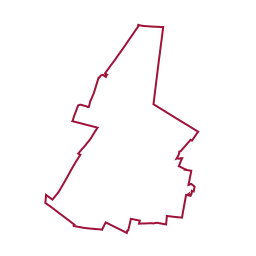 Insuratei, Braila, Romania, rotated 7°
{"feature_id": "2599482B22032457967395", "entity_name": "Insuratei", "entity_type": "district", "adm_level": 2, "iso_a3": "ROU", "parent_name": "Romania", "parent_adm1": "Braila", "projection": "orthographic", "projection_center": [27.625, 44.95], "detail": "fine", "context": "isolated", "style": "outline", "palette": "rose", "viewbox_px": 256, "rotation_deg": 7, "n_neighbors": 0, "source": "geoboundaries", "source_scale": "gbopen_adm2", "svg_char_len": 5098}
<svg xmlns="http://www.w3.org/2000/svg" viewBox="0 0 256 256"><g transform="rotate(7 128 128)"><path d="M159.3,220.2L160.3,220.0L161.2,219.9L161.3,219.9L161.5,219.8L161.8,219.8L162.0,219.8L162.2,219.7L162.6,219.7L162.8,219.6L163.3,219.7L163.6,219.7L163.8,219.6L164.0,219.6L164.4,219.6L164.8,219.6L165.2,219.5L165.4,219.4L165.5,219.4L165.8,219.3L165.9,219.2L166.1,219.1L166.6,218.9L166.9,218.9L167.5,218.8L168.0,218.7L168.3,218.6L168.5,218.6L168.9,218.6L169.2,218.5L169.7,218.5L169.8,218.5L170.2,218.6L170.4,218.7L171.0,218.7L171.5,218.8L171.6,218.7L171.8,218.7L172.0,218.7L173.2,218.8L173.7,218.9L173.8,218.9L174.0,218.9L174.3,218.9L174.5,218.9L174.8,218.9L175.8,218.9L176.4,219.0L177.0,219.1L177.5,219.1L177.5,215.1L177.3,210.6L178.3,210.6L179.8,210.6L180.6,210.5L181.9,210.6L186.9,210.5L192.5,210.4L192.7,207.2L192.7,206.5L192.8,204.0L193.0,201.6L193.1,198.7L193.3,196.0L193.5,193.2L193.4,193.2L193.5,192.7L193.6,191.4L193.6,190.8L193.8,187.4L194.5,187.5L195.0,187.3L195.8,186.5L195.7,186.9L195.9,186.9L195.9,187.4L196.3,187.5L196.7,186.7L197.3,186.7L197.4,187.3L197.8,187.3L198.0,186.4L198.5,186.3L198.4,187.1L198.2,187.7L198.3,187.7L198.6,187.1L198.7,186.9L198.7,186.7L198.8,186.4L198.8,186.1L198.9,185.8L199.0,185.6L199.0,185.4L199.1,185.0L199.1,184.9L199.1,184.5L199.1,184.3L199.1,184.1L199.1,183.7L199.1,183.2L199.1,182.7L199.3,182.8L199.7,182.8L200.0,182.9L200.5,182.9L200.9,183.0L201.0,182.0L201.1,180.7L201.1,180.3L201.2,178.1L200.4,177.6L200.0,177.3L199.5,176.9L198.9,176.7L198.5,176.4L197.9,176.0L197.7,175.8L197.3,175.8L197.1,176.0L196.7,176.2L196.0,176.6L195.4,177.0L194.9,177.2L194.9,176.9L195.2,174.1L195.3,172.8L195.3,172.7L195.4,172.0L195.4,171.3L195.5,169.5L195.5,169.4L195.6,168.7L195.7,167.5L195.8,166.4L195.8,166.2L196.0,162.8L196.0,162.7L189.6,162.5L189.8,162.0L189.6,162.0L188.0,161.4L186.6,160.9L184.6,160.2L183.1,159.7L184.1,155.9L185.2,151.9L185.4,151.3L184.5,151.4L183.7,151.7L183.5,151.8L183.1,152.0L182.7,152.2L182.3,152.3L182.2,152.3L181.6,152.2L181.4,152.2L180.9,152.2L180.7,152.2L180.4,152.3L180.1,152.4L179.9,152.5L181.3,149.2L181.8,147.3L181.8,147.0L181.8,145.1L182.1,145.0L182.5,144.9L183.0,144.7L186.2,140.0L187.3,138.4L189.4,135.2L191.2,132.7L191.4,132.4L191.6,132.1L192.3,132.4L192.8,132.6L193.0,132.7L193.3,132.1L194.1,130.6L194.7,129.5L197.1,124.9L198.1,123.1L195.6,122.0L187.3,118.2L180.0,114.9L177.1,113.6L165.3,108.2L163.0,107.1L150.4,101.3L150.4,100.9L150.4,96.6L150.4,92.6L150.4,86.6L150.4,81.2L150.4,75.7L150.4,64.8L150.4,64.7L150.4,62.0L150.4,56.5L150.5,51.0L150.5,48.4L150.5,44.6L150.5,42.8L150.5,40.9L150.5,39.8L150.6,36.8L150.6,35.3L150.6,27.3L150.6,23.9L150.6,23.5L149.1,23.7L148.2,23.8L147.9,23.9L147.6,23.8L146.8,23.8L145.8,23.9L144.5,24.0L142.2,24.2L140.7,24.3L139.6,24.4L138.0,24.5L137.7,24.5L136.9,24.6L136.5,24.5L135.4,24.6L133.5,24.7L131.8,24.8L131.7,24.8L130.8,24.9L130.6,24.9L130.2,24.8L128.0,24.7L127.0,24.6L125.6,24.4L125.6,25.6L125.9,25.7L124.5,28.3L119.4,38.1L116.7,43.2L114.2,48.1L112.9,50.5L111.7,52.8L109.0,57.6L106.5,62.4L103.8,67.1L102.5,69.4L101.1,72.0L100.0,73.9L98.6,76.5L100.5,77.6L98.8,78.5L100.1,79.2L99.8,80.0L99.2,79.7L98.2,79.3L97.8,78.9L96.9,78.4L96.5,78.5L96.0,78.6L95.9,78.5L95.2,78.9L95.0,79.0L94.7,79.2L94.5,79.3L94.2,79.7L93.8,80.8L93.7,81.1L93.6,81.4L93.5,81.5L93.0,81.7L92.8,81.6L92.7,81.6L91.4,88.7L90.4,94.5L89.9,97.2L89.9,97.3L89.8,97.7L89.7,98.0L89.6,98.3L89.1,99.9L89.1,100.1L88.4,102.6L87.8,104.6L87.7,104.7L87.1,106.4L87.2,106.6L87.1,106.9L87.1,107.8L86.8,109.9L86.8,110.0L86.6,111.8L85.8,112.0L85.5,112.1L85.3,112.1L85.1,112.0L84.4,111.6L83.2,111.4L82.9,111.3L81.5,111.2L80.8,111.1L79.5,110.8L78.7,110.7L78.3,110.7L78.1,110.7L77.8,110.7L77.7,110.7L77.3,110.9L76.6,111.2L76.3,111.3L76.0,111.6L75.9,111.6L75.7,112.0L75.2,113.8L74.8,115.6L74.3,117.9L74.0,118.8L74.0,119.0L73.5,120.9L73.1,122.5L72.5,125.8L72.5,126.0L72.1,127.7L72.1,127.8L72.0,128.0L81.4,129.2L81.5,129.2L87.1,130.0L89.0,130.2L93.3,130.8L93.8,130.8L96.5,131.2L97.7,131.4L97.5,131.7L96.3,134.3L95.3,136.3L95.2,136.5L95.1,136.9L95.0,137.1L94.9,137.2L94.3,138.5L94.0,139.1L92.7,142.0L91.9,143.6L91.5,144.4L90.3,146.3L89.7,147.2L89.2,148.0L88.7,148.8L87.7,150.5L86.6,152.2L86.0,153.0L85.4,153.8L84.6,154.9L84.0,156.0L83.2,157.0L82.9,157.6L82.0,159.1L81.7,159.5L82.0,159.6L84.0,160.3L82.9,162.6L82.8,162.8L80.2,168.3L80.1,168.5L77.7,174.0L73.3,185.0L71.3,189.8L69.2,194.8L68.2,197.1L67.0,199.7L67.0,199.8L65.6,202.1L61.7,208.3L60.0,207.3L55.8,205.0L54.8,204.4L54.9,206.3L55.1,211.8L55.1,212.5L57.0,213.5L60.4,215.3L61.3,215.7L61.3,215.8L65.2,218.0L68.0,219.7L77.9,225.4L80.0,226.6L83.3,228.6L86.6,230.5L85.9,231.7L86.0,231.8L89.3,232.1L94.8,232.4L95.5,232.5L96.6,232.5L98.1,232.5L98.5,232.5L99.1,232.5L101.0,232.4L101.2,232.5L106.0,232.3L106.8,232.3L110.9,232.1L114.4,232.0L114.7,232.1L114.8,231.4L115.5,229.7L116.3,227.3L116.8,226.0L117.4,224.4L128.4,228.3L131.9,229.5L134.4,230.4L139.6,232.3L139.7,230.1L139.8,229.8L140.0,229.7L140.7,229.6L141.3,224.2L141.6,221.4L141.9,217.8L144.8,218.0L151.0,218.5L150.6,221.6L152.4,221.3L154.0,221.0L154.7,220.9L156.2,220.7L157.6,220.5L159.3,220.2Z" fill="none" stroke="#9f1239" stroke-width="2"/></g></svg>